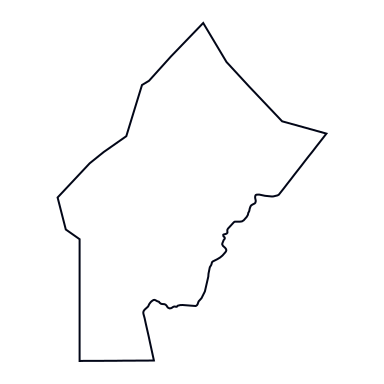 Kidal, Natural Earth projection, rotated 90°
{"feature_id": "MLI-2689", "entity_name": "Kidal", "entity_type": "Region", "adm_level": 1, "iso_a3": "MLI", "parent_name": "Mali", "parent_adm1": "", "projection": "natural_earth1", "projection_center": [2.188, 19.739], "detail": "fine", "context": "isolated", "style": "outline", "palette": "ink", "viewbox_px": 384, "rotation_deg": 90, "n_neighbors": 0, "source": "natural_earth", "source_scale": "10m", "svg_char_len": 2100}
<svg xmlns="http://www.w3.org/2000/svg" viewBox="0 0 384 384"><g transform="rotate(90 192 192)"><path d="M133.6,57.6L137.5,60.6L142.1,64.2L146.7,67.8L151.4,71.4L156.0,75.1L160.6,78.7L165.3,82.3L169.9,85.9L174.5,89.5L179.2,93.1L183.8,96.7L188.5,100.3L194.7,105.2L195.4,106.5L196.4,110.6L196.5,112.0L195.8,119.0L194.6,124.7L194.6,126.0L194.7,127.5L195.1,128.3L195.9,128.7L197.1,128.9L198.2,128.8L200.4,128.3L201.5,128.3L202.8,128.7L203.5,129.4L204.6,131.6L205.4,132.8L206.4,133.5L208.7,134.3L210.8,134.7L211.8,135.1L212.8,135.7L214.8,136.1L216.9,137.3L220.3,140.3L221.4,142.1L221.7,144.4L221.7,149.2L222.2,150.1L228.6,156.0L229.7,156.6L230.9,156.7L231.9,156.6L232.7,156.6L233.6,157.4L234.1,158.7L234.3,159.9L234.7,160.7L235.9,160.7L236.4,160.4L237.4,159.4L238.1,159.2L238.7,159.3L239.2,159.6L239.6,160.0L240.2,160.4L243.5,161.7L244.3,161.8L245.8,161.1L247.9,158.8L249.2,157.9L250.3,157.7L251.3,158.0L252.2,158.6L255.5,161.5L257.5,163.9L259.2,166.7L261.4,171.1L262.0,171.8L262.9,172.2L264.2,172.5L265.2,172.9L267.1,174.1L268.2,174.4L268.8,174.5L273.7,175.5L276.6,175.7L291.4,179.1L298.2,182.5L301.3,185.3L302.2,185.7L304.2,186.4L305.0,186.9L305.7,187.7L306.0,188.5L305.0,201.4L305.1,203.8L305.7,206.2L306.0,206.6L306.3,206.8L306.6,207.0L306.8,207.6L306.8,208.0L306.5,209.2L306.5,209.8L307.0,211.0L307.7,212.0L308.2,213.0L308.4,214.4L307.8,215.8L306.9,216.7L305.7,217.4L304.7,218.4L304.2,219.5L304.0,222.0L303.7,223.1L302.6,224.5L301.8,225.0L301.6,225.6L301.2,226.8L300.4,228.2L299.9,229.3L300.0,230.5L300.9,231.9L301.8,233.0L302.9,233.9L304.0,234.7L306.5,235.9L309.7,239.4L311.0,240.3L311.5,240.5L312.3,240.7L313.7,240.6L318.1,239.4L323.7,238.2L332.9,236.1L336.9,235.2L342.1,234.1L351.3,232.1L360.5,230.1L360.6,237.9L360.6,245.8L360.7,253.7L360.7,261.5L360.8,269.4L360.8,277.3L360.9,285.2L360.9,293.0L360.9,300.9L361.0,304.4L360.9,304.4L331.6,304.4L290.5,304.4L239.2,304.4L229.5,318.2L197.5,326.4L163.3,294.3L152.1,280.4L136.2,257.7L85.0,242.0L80.8,235.0L56.4,213.0L23.0,180.8L62.0,157.5L86.6,134.8L121.3,101.9L133.4,58.3L133.6,57.6L133.6,57.6Z" fill="none" stroke="#020617" stroke-width="2"/></g></svg>